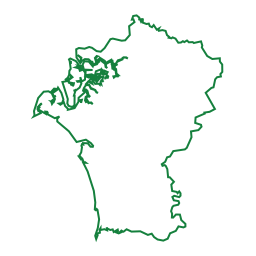 Marcovia, Choluteca, Honduras
{"feature_id": "27666195B6766243724539", "entity_name": "Marcovia", "entity_type": "district", "adm_level": 2, "iso_a3": "HND", "parent_name": "Honduras", "parent_adm1": "Choluteca", "projection": "albers", "projection_center": [-87.416, 13.249], "detail": "fine", "context": "isolated", "style": "outline", "palette": "green", "viewbox_px": 256, "rotation_deg": 0, "n_neighbors": 0, "source": "geoboundaries", "source_scale": "gbopen_adm2", "svg_char_len": 5517}
<svg xmlns="http://www.w3.org/2000/svg" viewBox="0 0 256 256"><path d="M136.6,15.4L133.2,16.0L131.9,19.6L133.4,19.4L134.5,22.1L129.1,26.2L129.8,35.0L125.2,40.3L121.7,40.7L112.8,38.6L110.4,39.2L104.6,48.1L100.7,51.7L96.6,51.1L92.0,47.8L89.2,47.0L84.6,48.7L78.9,48.0L76.2,49.3L76.5,57.5L80.3,63.2L81.6,61.6L80.6,60.1L81.0,58.1L77.6,55.0L81.4,57.7L80.9,59.9L81.7,60.9L84.9,59.1L88.6,59.3L91.7,62.1L93.1,61.6L91.9,62.7L94.1,64.4L96.3,62.6L94.9,58.0L96.7,56.0L97.6,56.3L95.5,57.9L96.7,61.4L98.4,59.2L100.4,58.6L100.1,57.9L104.8,60.9L105.8,62.9L111.4,59.7L111.7,60.6L113.3,60.8L112.4,61.0L113.0,63.4L114.3,63.8L115.0,64.7L113.6,63.9L113.3,65.4L114.9,65.1L117.9,60.3L122.5,58.9L122.5,58.0L123.6,57.3L126.3,57.4L127.8,58.5L125.1,57.4L122.9,57.9L122.5,59.4L117.1,61.8L116.2,63.6L117.3,65.5L116.2,64.1L115.0,66.1L112.9,65.8L116.1,69.1L116.5,73.5L118.5,75.3L117.9,76.4L115.5,76.2L113.9,77.6L113.4,76.4L118.2,75.5L116.1,74.2L115.4,69.5L114.6,69.1L113.4,70.3L114.2,68.9L112.4,68.6L111.9,63.5L110.5,61.5L105.9,64.1L106.0,66.6L107.2,68.1L105.6,67.0L105.1,63.8L100.4,60.1L98.7,61.1L99.2,62.8L98.7,61.5L97.0,64.2L93.1,65.5L92.8,66.4L88.8,61.6L84.3,61.3L82.6,64.8L83.9,69.6L92.6,70.0L85.6,70.2L85.5,75.2L91.7,74.3L94.8,75.9L95.9,71.3L101.4,69.2L102.4,70.1L103.2,74.3L104.5,73.4L104.5,70.7L107.7,72.1L106.3,74.5L108.2,76.3L107.8,77.8L105.4,77.7L105.2,79.3L105.2,77.5L107.4,76.2L105.1,73.4L103.7,74.7L102.2,74.4L101.5,70.5L100.1,74.2L97.5,73.7L96.5,75.0L97.0,77.8L99.4,75.3L101.5,77.2L103.1,76.9L102.3,80.4L103.5,81.8L101.4,80.4L100.6,81.7L101.2,84.2L100.3,83.4L99.9,84.9L98.7,83.7L95.2,83.9L91.1,78.6L88.6,81.3L91.5,82.2L92.2,83.7L88.2,81.5L86.2,83.8L89.2,84.7L90.8,87.9L95.3,90.0L96.5,92.2L98.1,92.8L96.5,92.5L94.8,90.0L90.8,88.7L89.4,85.6L88.1,85.0L85.8,85.3L83.9,88.1L82.8,91.5L84.7,89.4L86.2,89.6L87.5,91.0L88.8,96.1L90.2,95.7L89.1,96.7L88.2,95.7L86.0,98.0L88.8,102.6L91.3,102.5L92.7,104.1L90.2,102.6L88.5,103.2L86.0,98.8L85.4,99.9L86.4,102.9L85.0,100.4L85.7,96.9L87.9,95.4L85.6,90.3L84.2,92.9L78.6,97.8L78.5,100.5L81.9,99.8L81.1,102.8L80.7,100.8L79.0,100.9L74.6,108.1L67.8,109.8L67.9,108.8L65.1,106.0L63.5,101.4L62.8,103.1L60.4,104.7L58.9,103.6L62.1,103.1L63.4,99.4L61.4,92.9L58.0,87.6L57.0,90.0L52.3,93.3L54.0,96.4L55.8,95.8L54.3,96.9L54.9,99.1L53.7,102.1L51.2,101.6L52.4,102.7L52.4,103.4L52.0,104.0L51.1,101.3L52.6,100.1L53.6,101.5L54.4,99.1L51.7,93.1L56.6,88.9L54.1,88.6L50.5,92.5L48.5,91.3L43.7,91.7L38.2,98.0L34.0,111.1L34.5,115.3L33.7,116.5L40.7,113.1L38.8,110.2L38.7,111.9L37.5,109.0L38.9,107.6L37.9,107.0L40.7,103.9L41.8,103.5L38.3,107.0L39.4,107.5L38.1,109.3L45.7,113.8L45.3,111.6L47.2,111.8L47.7,112.8L46.5,113.7L54.8,118.2L59.4,116.5L57.2,118.8L57.3,121.5L68.9,131.3L76.6,142.0L85.9,139.7L90.9,143.1L93.1,145.8L92.8,146.8L90.5,146.7L87.8,143.3L83.1,143.1L83.3,144.6L82.0,144.2L81.4,145.8L82.0,147.1L81.2,152.4L79.4,155.4L80.1,156.3L78.8,156.4L81.7,160.3L81.3,158.2L82.2,158.4L83.9,162.6L85.1,162.2L85.9,162.8L83.7,162.7L82.4,161.1L87.6,171.4L93.8,190.8L95.3,202.4L94.8,209.5L95.8,210.2L96.7,209.0L97.5,209.9L99.1,219.3L97.8,228.0L95.2,235.8L96.2,239.1L97.7,235.1L96.7,233.6L99.9,232.7L99.6,229.7L100.5,228.2L100.5,230.0L104.4,229.2L107.1,230.3L106.7,227.3L107.1,228.4L110.3,230.0L112.7,229.4L113.7,232.0L117.7,229.6L118.0,231.0L116.4,232.5L118.7,233.4L120.9,232.4L120.1,231.9L122.0,230.0L121.5,231.5L123.5,231.7L126.6,229.3L131.5,231.6L140.3,231.3L147.9,234.9L151.7,233.7L154.1,237.1L157.6,239.5L163.3,240.6L167.7,238.7L170.1,233.3L175.8,230.9L178.5,226.4L183.5,227.4L185.4,226.5L185.4,223.9L181.3,220.1L179.9,214.6L176.0,214.5L173.1,217.6L171.9,217.5L172.1,213.7L171.1,211.2L172.3,207.2L173.5,205.8L178.3,204.7L179.2,203.0L178.5,201.1L173.8,200.3L172.4,197.0L174.2,195.8L179.2,197.1L180.5,195.7L180.5,193.3L179.2,191.4L177.6,193.2L176.7,191.9L172.2,191.0L171.3,184.6L173.9,181.8L169.8,177.3L168.1,177.2L167.3,169.1L165.8,166.0L164.7,165.1L162.5,165.8L161.8,164.2L165.2,161.8L167.1,157.3L170.0,156.5L173.3,151.1L184.9,149.4L186.8,147.8L191.5,137.2L191.0,131.4L198.4,130.1L201.5,126.7L201.0,124.8L195.2,122.9L195.6,117.5L204.7,113.6L204.4,112.6L209.6,111.8L214.9,109.0L205.7,92.8L211.4,87.9L213.5,87.3L215.2,79.3L217.1,77.2L220.9,76.5L220.4,74.1L222.3,71.9L222.2,64.5L219.9,61.6L219.8,58.3L212.3,59.0L207.2,56.0L201.8,47.4L202.3,45.6L201.0,41.4L193.8,43.0L192.7,42.1L188.9,42.3L187.0,40.5L184.3,42.1L182.9,41.2L181.0,42.5L178.3,42.7L175.5,38.6L172.6,37.4L171.5,38.3L168.7,37.7L169.2,36.9L167.0,35.1L165.6,30.9L162.4,30.1L158.8,30.8L158.2,29.7L158.9,28.5L156.8,29.7L153.7,25.1L152.0,27.2L149.8,26.1L148.8,23.6L146.5,24.0L142.7,22.6L142.8,21.0L141.6,20.6L141.0,21.6L140.6,20.7L143.5,19.1L139.2,19.3L139.3,17.6L136.6,15.4ZM69.9,62.6L70.7,68.8L69.4,70.8L69.1,74.9L67.8,77.7L65.7,79.4L66.6,80.4L71.0,77.6L70.5,75.1L72.5,77.2L68.8,80.0L68.9,82.3L73.9,83.3L73.5,85.0L72.6,86.3L73.2,83.7L70.4,85.2L72.1,84.0L68.8,82.7L68.3,80.8L62.4,82.0L67.8,99.1L67.3,103.4L68.5,105.8L71.2,106.8L73.4,106.4L74.5,104.8L74.6,95.8L73.9,95.7L75.3,91.2L73.6,90.3L75.5,90.4L76.1,89.1L75.9,90.4L79.6,87.6L81.4,83.5L80.5,81.5L77.5,81.8L77.1,81.2L80.7,80.8L80.3,77.1L81.7,81.5L85.0,79.6L85.2,72.7L83.0,69.6L79.0,71.2L82.7,69.3L82.7,66.0L78.0,65.6L80.7,67.7L80.7,69.0L80.0,69.8L78.4,68.2L75.5,67.4L76.7,67.0L80.4,69.1L80.2,67.8L77.5,66.0L78.4,64.4L75.9,61.1L70.3,58.5L69.0,59.4L69.8,61.5L70.9,61.8L70.9,62.8L69.9,62.6ZM88.8,77.6L91.3,77.0L93.4,78.3L94.2,77.6L95.0,78.6L93.7,79.1L95.7,80.8L96.2,79.6L96.9,79.9L96.8,81.9L99.8,78.2L99.0,77.4L96.8,78.2L95.8,76.1L92.8,76.6L91.0,75.3L86.5,76.6L88.8,77.6Z" fill="none" stroke="#15803d" stroke-width="2"/></svg>